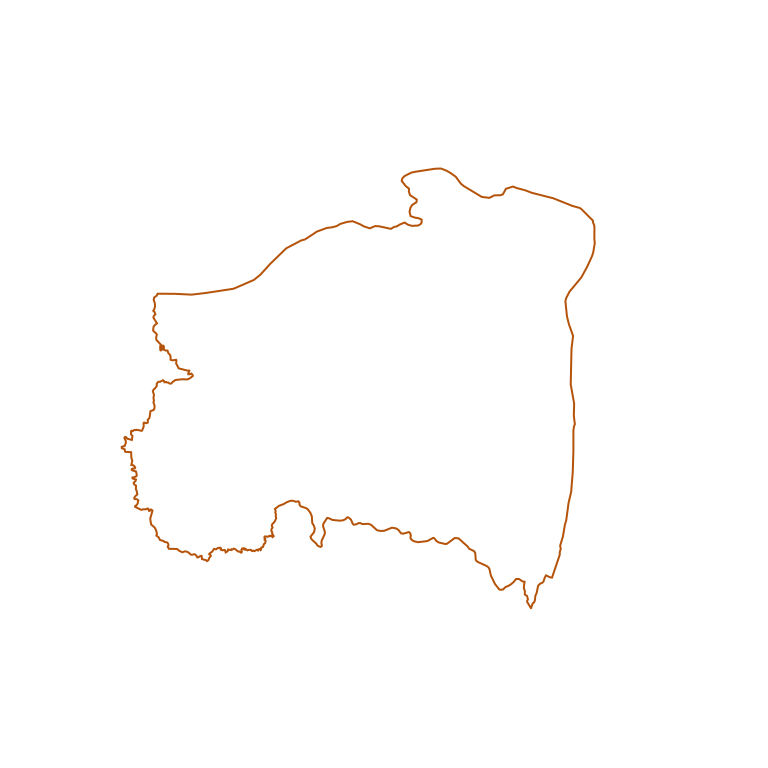 Kham, Xiangkhoang, Laos (orthographic projection), rotated 210°
{"feature_id": "54806243B15908522447592", "entity_name": "Kham", "entity_type": "district", "adm_level": 2, "iso_a3": "LAO", "parent_name": "Laos", "parent_adm1": "Xiangkhoang", "projection": "orthographic", "projection_center": [103.704, 19.758], "detail": "fine", "context": "isolated", "style": "outline", "palette": "amber", "viewbox_px": 768, "rotation_deg": 210, "n_neighbors": 0, "source": "geoboundaries", "source_scale": "gbopen_adm2", "svg_char_len": 6166}
<svg xmlns="http://www.w3.org/2000/svg" viewBox="0 0 768 768"><g transform="rotate(210 384 384)"><path d="M144.1,263.0L144.7,263.8L145.5,268.3L144.8,270.2L145.3,272.5L147.0,276.2L147.3,279.2L149.6,286.2L149.1,288.8L147.4,291.3L147.1,292.5L148.0,296.9L148.0,299.3L143.5,299.6L141.7,300.4L146.4,323.9L147.7,326.2L148.5,329.6L150.6,332.0L152.8,341.4L157.0,352.7L158.0,357.0L164.7,373.3L168.0,384.2L176.5,402.1L186.6,420.9L196.7,438.4L198.2,442.0L198.6,444.6L203.6,451.2L209.6,462.2L222.1,477.0L239.2,508.2L244.3,520.2L253.5,528.0L259.4,534.1L268.3,546.4L269.2,549.8L269.5,556.8L266.4,575.1L266.7,587.6L267.9,599.6L268.7,602.8L271.9,611.4L274.3,614.7L280.1,624.9L281.3,626.5L284.1,628.7L284.6,629.9L300.6,634.2L302.6,634.3L310.0,632.4L330.2,629.5L351.5,623.5L358.4,622.4L366.9,620.1L371.0,619.5L376.0,614.0L375.9,607.7L377.4,605.8L382.8,602.5L385.8,597.9L392.9,594.9L413.9,595.3L417.5,595.9L425.6,599.4L431.9,600.0L436.7,600.0L442.4,599.1L447.5,595.9L463.2,583.3L466.1,580.6L470.1,574.5L470.9,571.5L470.3,568.8L464.3,566.3L460.1,565.7L458.6,563.0L455.9,560.6L447.8,560.1L446.8,557.7L449.2,552.9L449.2,549.6L448.0,545.9L444.9,542.7L440.2,543.6L437.2,544.8L433.6,545.2L432.1,542.5L432.3,540.6L433.8,538.2L438.9,534.9L443.1,533.9L446.7,534.2L449.9,530.3L451.7,526.9L453.8,525.1L455.6,521.8L467.2,518.1L470.8,516.2L474.1,511.7L480.6,510.4L484.5,510.4L492.5,509.3L496.9,506.0L501.9,500.8L503.8,497.3L507.0,494.0L511.6,490.5L518.3,482.5L524.7,469.7L527.5,466.9L536.5,452.7L542.7,430.8L545.7,416.9L548.7,409.1L561.9,391.3L584.0,373.6L595.3,365.2L610.8,357.2L625.2,349.0L625.0,346.9L626.3,344.0L625.6,341.8L622.8,339.3L621.1,336.7L620.4,334.3L620.4,332.0L618.8,331.7L616.9,330.1L617.4,327.8L616.9,326.2L610.9,323.0L612.0,320.2L612.2,318.4L610.9,315.2L610.2,314.6L606.4,313.8L605.5,313.3L604.6,310.3L603.2,308.4L596.7,306.4L596.7,304.8L594.8,301.6L593.9,301.5L593.6,302.0L594.0,304.0L595.1,305.0L595.4,306.0L594.5,306.8L593.4,306.5L591.9,303.6L589.8,303.8L588.2,304.7L586.2,302.9L584.1,302.3L582.5,301.0L581.0,298.3L579.0,298.7L576.2,301.0L575.7,300.8L574.2,297.8L569.6,294.9L561.0,297.3L559.6,298.2L559.2,298.2L558.9,295.5L558.4,294.6L557.5,295.0L556.1,296.7L554.1,296.1L553.6,295.3L555.0,291.8L556.6,289.6L561.0,287.3L566.6,283.2L567.9,280.5L568.5,278.0L569.7,277.2L571.5,277.4L572.9,276.7L573.9,276.8L575.0,275.7L576.1,276.6L577.3,276.8L578.9,274.1L580.3,273.2L580.9,272.0L580.8,270.2L579.8,268.8L580.1,266.0L580.8,263.8L580.5,262.1L577.7,259.5L576.7,256.7L575.0,254.7L574.4,252.7L572.0,250.7L570.7,248.3L570.5,246.3L572.7,243.7L570.2,237.6L570.7,234.7L569.7,233.5L569.3,232.4L570.4,231.1L572.5,230.7L572.7,230.0L570.9,227.1L570.2,222.8L570.6,222.2L575.1,220.8L575.9,219.9L577.4,219.3L578.1,217.4L579.4,217.2L579.3,216.3L577.8,213.8L575.8,213.2L574.4,209.5L578.7,208.3L581.2,209.0L581.8,208.7L581.9,207.6L578.9,205.3L578.2,204.0L577.6,200.8L579.7,198.4L578.9,197.3L576.0,197.8L574.4,196.0L573.9,196.0L568.9,198.5L565.7,193.5L563.7,191.8L562.3,187.5L560.3,188.3L557.8,187.5L557.6,186.4L559.5,184.9L559.9,184.1L559.7,183.6L558.7,183.3L555.2,184.3L553.1,182.2L552.3,180.9L552.4,180.2L553.8,178.2L555.1,177.3L554.9,176.8L554.3,176.5L551.0,177.2L550.7,175.8L551.4,173.2L550.0,172.1L547.9,172.0L546.4,169.0L544.7,167.7L542.4,165.0L543.2,162.8L543.4,160.6L543.0,159.9L542.3,159.8L540.1,160.7L538.6,160.4L537.6,157.2L537.6,155.8L538.5,153.7L538.2,153.2L531.4,153.6L529.6,155.3L527.9,156.2L526.3,158.1L523.9,156.6L523.4,157.1L523.6,158.5L522.6,158.9L521.2,158.6L519.1,150.4L515.4,145.9L510.8,145.0L508.3,143.4L506.4,141.5L505.7,140.6L505.3,138.9L502.7,138.6L500.0,136.9L496.5,137.8L494.9,137.5L493.0,138.3L492.0,138.2L490.6,137.4L490.0,136.5L490.0,135.0L487.9,133.7L480.7,137.7L478.2,137.2L474.5,137.4L472.7,139.6L470.4,140.3L468.6,140.3L466.1,139.6L464.8,140.2L463.1,141.8L462.2,141.9L460.5,141.5L459.0,140.5L458.1,141.1L457.0,143.3L456.0,143.9L454.1,141.4L449.5,142.5L448.8,142.1L448.0,143.6L448.4,146.3L448.0,148.6L448.4,149.0L450.3,149.2L450.3,150.1L449.0,152.9L448.8,156.1L446.8,156.8L445.9,158.9L443.9,160.4L443.0,160.2L442.6,158.9L442.2,158.9L440.6,159.3L439.1,160.6L438.5,160.5L436.9,159.0L435.8,161.0L436.3,162.7L433.4,163.7L433.4,164.6L432.5,164.8L431.8,166.3L430.4,166.6L426.7,166.0L425.4,166.6L423.6,166.4L423.1,166.9L423.2,167.6L424.6,169.1L424.5,170.8L423.3,170.8L423.1,171.7L422.6,171.7L421.8,170.9L421.4,171.0L421.3,172.0L419.1,171.6L418.2,172.7L416.4,173.8L415.4,173.4L414.5,173.5L414.0,174.3L412.7,174.4L411.2,176.9L409.9,176.8L410.0,178.0L409.3,178.8L407.8,178.4L407.7,179.0L408.5,180.8L407.3,182.5L408.0,185.2L407.4,186.5L407.7,188.1L408.1,189.0L409.5,189.3L409.5,190.6L410.4,190.7L411.1,191.9L410.8,192.6L408.5,193.5L407.7,194.2L407.5,195.1L406.4,195.3L405.9,196.2L403.9,195.7L403.5,197.1L406.2,198.7L406.7,199.8L407.9,200.2L408.8,201.6L408.8,204.1L410.3,205.1L410.7,206.5L409.9,210.1L410.2,213.8L411.6,215.3L412.6,217.3L413.9,218.4L414.4,220.0L416.0,221.2L414.1,225.9L410.9,229.8L409.1,233.0L406.6,236.1L404.4,237.4L401.5,237.9L399.5,239.6L397.8,238.8L396.9,237.3L395.0,236.4L389.7,237.5L387.4,237.4L383.3,235.6L380.3,233.3L376.6,227.7L373.9,226.2L371.7,224.3L370.5,220.8L371.3,215.1L370.0,213.8L367.7,212.9L362.7,211.9L361.4,211.0L359.1,210.8L357.3,211.3L356.9,212.9L358.8,215.1L359.7,217.4L360.3,224.6L361.5,226.6L365.5,230.2L366.6,232.3L366.3,239.5L364.7,240.2L360.7,240.5L353.8,243.6L351.3,245.5L349.8,247.7L349.1,250.3L347.5,250.6L344.7,250.0L341.2,247.3L339.8,247.0L337.7,248.8L336.6,250.7L335.0,251.7L332.6,251.9L327.7,255.1L325.0,255.6L317.1,253.9L313.9,254.8L310.5,256.9L305.3,263.5L301.7,264.9L298.7,264.9L294.6,263.2L292.6,263.9L288.4,268.2L286.7,267.9L285.1,266.3L284.1,263.9L282.1,262.8L279.0,262.9L275.4,264.0L267.9,269.7L264.5,275.3L263.4,275.6L260.0,274.2L257.5,274.1L250.8,276.1L249.6,277.1L245.7,286.0L242.3,287.6L230.4,285.1L227.9,283.9L222.7,284.3L220.6,283.4L216.7,277.7L215.5,277.0L213.4,276.8L204.2,277.7L202.2,277.5L200.4,276.7L195.6,271.5L187.9,266.3L181.4,263.7L180.3,264.0L178.2,265.5L177.2,269.0L175.2,271.5L173.7,274.5L172.8,277.1L172.1,281.2L169.6,282.6L165.4,282.3L163.4,283.0L161.1,277.5L158.4,275.0L156.8,272.1L154.1,271.9L151.7,269.5L151.6,267.8L151.1,266.9L144.1,263.0Z" fill="none" stroke="#b45309" stroke-width="2"/></g></svg>